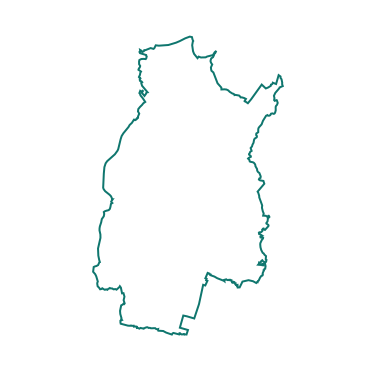 the district of Kota Salatiga, Jawa Tengah, Indonesia, rotated 18°
{"feature_id": "22746128B99456803569608", "entity_name": "Kota Salatiga", "entity_type": "district", "adm_level": 2, "iso_a3": "IDN", "parent_name": "Indonesia", "parent_adm1": "Jawa Tengah", "projection": "albers", "projection_center": [110.501, -7.337], "detail": "fine", "context": "isolated", "style": "outline", "palette": "teal", "viewbox_px": 384, "rotation_deg": 18, "n_neighbors": 0, "source": "geoboundaries", "source_scale": "gbopen_adm2", "svg_char_len": 5979}
<svg xmlns="http://www.w3.org/2000/svg" viewBox="0 0 384 384"><g transform="rotate(18 192 192)"><path d="M110.0,104.0L111.7,106.4L118.9,110.9L118.2,111.3L117.9,111.9L117.9,112.8L117.1,115.3L113.7,113.2L113.4,112.4L114.0,111.8L114.1,111.2L113.6,111.0L112.9,112.3L111.5,111.8L111.4,114.2L112.3,114.8L113.2,116.1L115.9,117.8L119.7,120.8L118.3,122.6L117.6,124.6L116.3,127.1L115.3,129.7L115.7,132.0L117.6,133.8L117.3,136.9L117.6,137.5L117.7,138.2L117.0,138.5L117.0,139.6L116.1,140.9L115.6,140.7L115.3,141.3L114.4,141.2L113.5,144.8L112.0,147.5L111.5,149.9L108.6,157.3L107.8,160.5L107.8,163.8L108.6,174.1L108.4,175.7L107.0,180.0L101.8,188.9L101.0,191.4L101.0,195.4L102.4,201.6L106.2,215.4L107.1,216.6L109.2,218.1L114.5,220.1L116.3,221.1L118.0,223.0L118.2,223.9L118.8,223.6L118.1,226.1L118.5,226.6L119.6,227.1L118.6,228.4L119.0,231.2L119.1,233.4L118.6,234.6L117.8,235.4L116.4,236.2L114.8,237.5L114.3,238.3L115.3,240.0L115.6,242.4L114.6,245.6L115.0,248.9L115.0,253.1L115.3,255.1L115.9,257.1L118.0,260.7L119.1,263.9L120.1,274.8L122.6,281.5L124.8,285.4L126.0,287.1L125.6,287.4L125.3,290.5L124.0,291.9L122.5,292.9L121.7,293.7L122.6,298.4L125.4,300.1L127.0,301.8L130.1,306.3L130.0,307.6L130.2,308.5L131.4,310.8L133.3,311.8L134.7,312.9L136.1,312.1L136.4,311.3L138.9,311.9L139.4,311.9L140.4,311.1L141.7,311.2L142.4,309.8L143.0,309.5L143.5,308.7L144.7,308.8L145.9,308.4L147.4,308.8L149.2,308.0L150.4,308.2L152.3,304.9L152.5,303.9L153.9,304.9L156.8,310.0L158.1,309.4L160.1,312.4L160.4,316.0L162.4,318.8L162.1,319.6L161.3,319.5L160.9,320.5L159.7,321.7L160.3,327.3L161.5,330.2L164.0,333.9L163.9,334.7L165.0,335.4L163.7,336.5L164.2,338.1L164.9,339.3L172.4,338.9L174.7,338.3L175.2,337.8L176.1,337.9L177.9,337.2L178.3,338.0L180.3,337.2L181.2,337.2L181.2,337.8L181.6,338.4L182.5,338.0L184.2,338.2L185.0,337.2L187.3,337.0L187.7,336.7L188.3,336.9L189.5,335.5L191.0,334.5L191.6,334.4L192.7,334.7L194.0,334.2L195.0,334.3L199.1,332.9L200.3,333.4L201.4,333.3L202.0,332.9L202.0,333.3L202.8,334.3L207.6,333.1L210.8,333.7L216.9,333.8L217.2,332.5L217.9,331.8L224.0,331.4L224.3,331.0L223.9,330.1L224.2,330.0L225.9,330.7L227.1,330.3L227.8,329.7L228.3,329.5L228.8,330.0L230.3,329.2L230.8,329.2L230.8,324.5L222.4,324.8L221.9,312.2L225.6,311.8L233.2,311.6L233.3,296.5L231.3,276.8L233.5,276.8L234.1,271.7L232.7,271.6L232.7,270.0L231.4,269.9L231.9,264.1L233.5,264.2L233.5,264.6L235.2,264.7L235.2,265.4L239.5,265.5L242.6,266.2L249.7,266.6L250.3,266.8L249.7,265.7L251.2,264.7L251.3,264.9L251.8,264.6L252.9,264.8L254.5,264.3L254.5,264.0L255.4,263.7L255.8,264.1L256.1,263.8L256.9,263.7L257.9,265.5L258.4,265.8L259.4,265.5L259.4,264.6L259.9,264.6L259.9,265.4L261.5,265.3L261.5,266.1L262.1,266.2L262.4,266.8L263.8,266.3L263.8,267.1L264.2,267.1L264.2,267.9L264.7,268.0L265.0,268.7L266.8,268.0L267.7,261.6L273.0,258.4L277.7,258.0L281.2,258.7L281.6,257.7L282.3,257.6L282.2,256.3L282.8,255.6L283.2,252.4L283.8,250.5L284.3,249.8L284.7,249.8L284.9,249.5L284.8,248.3L284.3,247.5L284.5,245.3L284.3,244.3L284.7,244.2L284.7,242.7L285.3,242.3L284.9,239.8L283.5,237.5L281.6,238.5L282.4,239.7L281.4,240.0L280.3,239.7L280.0,240.1L277.4,240.7L277.8,239.7L277.6,238.2L279.1,238.1L279.1,236.5L279.9,235.2L281.1,236.0L283.1,236.3L283.7,236.1L284.0,235.3L283.8,233.6L283.1,233.5L282.8,232.8L282.2,230.1L280.2,229.2L279.2,228.3L278.0,228.0L275.8,225.8L274.2,223.4L273.1,220.8L272.8,219.5L273.2,216.1L273.9,214.3L273.8,213.7L271.2,214.0L270.9,213.4L272.5,211.9L270.4,211.3L268.9,211.3L268.2,210.1L268.5,209.5L269.4,209.3L270.3,208.6L270.8,207.7L271.0,207.1L270.4,206.3L270.9,204.9L271.4,204.6L272.2,205.4L273.1,205.5L275.2,200.9L275.1,200.1L274.7,199.7L272.5,199.0L272.3,198.6L272.9,196.6L272.5,194.3L272.0,193.1L272.8,192.8L273.3,191.8L272.4,190.9L272.0,191.0L271.8,191.7L270.6,192.1L269.6,191.8L267.0,192.5L266.8,190.2L265.4,188.6L263.4,185.4L262.9,183.1L257.6,176.3L257.1,174.9L255.3,172.3L254.3,171.4L258.2,161.8L256.5,159.4L253.1,159.9L251.8,159.5L251.8,158.4L252.8,157.4L252.5,155.9L250.2,153.1L248.7,152.6L247.9,152.0L247.3,151.3L246.8,150.1L244.4,147.9L243.9,146.8L243.1,145.9L241.8,145.1L240.7,144.9L238.3,145.2L237.5,145.1L236.5,143.6L235.0,142.9L235.3,142.2L237.1,140.3L236.7,139.6L234.7,138.8L234.5,138.3L234.8,137.4L235.0,135.7L236.0,134.5L234.2,132.1L235.0,130.1L234.9,128.3L235.3,126.2L234.9,123.2L235.1,121.9L236.5,120.2L236.7,119.5L236.3,118.6L235.4,118.0L235.1,116.5L236.5,114.7L235.6,111.8L235.5,110.8L235.8,109.6L237.3,106.2L237.5,102.3L238.9,96.6L239.9,95.6L240.3,95.9L241.6,95.7L242.3,95.2L242.7,94.6L243.0,93.1L244.2,92.4L245.7,92.4L246.3,91.7L246.5,90.7L246.4,88.5L245.3,85.3L245.3,84.3L245.9,82.8L246.0,80.8L244.3,78.5L244.0,78.5L242.5,79.7L241.7,79.2L241.4,77.2L240.2,75.2L240.6,72.0L243.0,66.2L243.0,65.5L245.6,63.2L244.4,61.6L244.0,60.1L242.3,57.1L241.0,56.2L240.5,54.8L238.3,54.1L238.6,63.3L235.1,63.1L235.2,63.7L234.8,64.8L233.9,65.5L234.1,66.7L232.1,69.1L230.2,70.7L225.1,68.3L219.6,85.5L217.7,90.3L214.6,89.4L214.1,89.5L213.7,90.1L214.5,86.8L212.4,86.5L210.2,86.6L209.0,87.0L208.5,86.5L207.0,85.7L203.4,86.2L202.5,86.7L202.2,86.2L201.1,85.8L200.1,85.9L197.0,85.1L194.9,84.1L193.1,83.9L191.2,84.3L188.3,85.4L187.6,83.6L182.7,80.7L175.4,71.7L173.1,70.7L172.4,69.7L171.5,67.7L171.8,64.4L170.9,63.9L169.4,62.3L169.0,61.0L169.0,59.0L170.3,57.3L170.6,55.2L170.5,53.4L171.1,52.9L171.5,50.3L170.4,52.1L169.6,55.3L164.5,58.5L163.4,59.7L158.9,61.3L156.5,61.2L155.9,63.0L151.3,60.0L149.5,57.8L146.8,52.3L146.3,48.6L146.5,48.0L145.5,47.0L144.1,44.7L141.9,44.9L138.1,47.9L133.8,52.2L130.7,54.9L124.1,59.5L115.2,63.1L112.2,63.7L111.7,67.0L111.1,67.8L108.2,67.9L103.7,71.6L102.8,71.8L102.7,73.0L101.7,74.0L101.0,73.8L100.4,73.3L98.7,72.9L99.4,74.3L98.8,74.8L99.0,75.4L99.7,76.0L106.0,75.9L106.2,76.5L107.0,77.0L107.2,78.8L106.9,79.9L104.7,80.4L102.7,81.2L101.2,82.7L101.3,84.1L102.2,86.8L103.8,88.2L103.8,89.8L103.3,90.9L103.3,92.3L106.3,93.2L106.0,94.6L106.3,96.7L106.0,99.1L106.6,99.5L107.4,99.5L107.9,100.0L107.5,101.0L108.1,102.3L109.7,102.4L110.7,103.0L110.0,104.0Z" fill="none" stroke="#0f766e" stroke-width="2"/></g></svg>